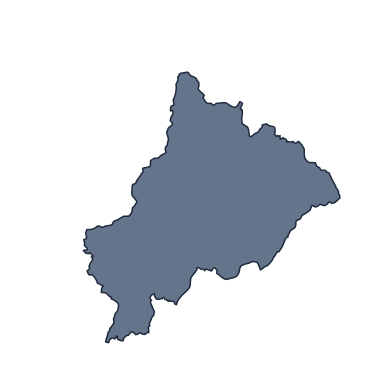 Bao Thang, Lào Cai, Vietnam (orthographic projection), rotated 248°
{"feature_id": "81297802B25560916681091", "entity_name": "Bao Thang", "entity_type": "district", "adm_level": 2, "iso_a3": "VNM", "parent_name": "Vietnam", "parent_adm1": "Lào Cai", "projection": "orthographic", "projection_center": [104.134, 22.379], "detail": "fine", "context": "isolated", "style": "filled", "palette": "slate", "viewbox_px": 384, "rotation_deg": 248, "n_neighbors": 0, "source": "geoboundaries", "source_scale": "gbopen_adm2", "svg_char_len": 5963}
<svg xmlns="http://www.w3.org/2000/svg" viewBox="0 0 384 384"><g transform="rotate(248 192 192)"><path d="M196.5,80.3L193.8,78.2L191.7,77.6L190.0,77.6L189.3,76.9L188.6,76.9L188.3,76.0L188.3,73.7L185.7,73.6L182.7,72.2L179.5,73.6L178.9,73.6L177.9,73.2L177.7,73.0L177.7,72.6L177.9,71.5L178.4,70.7L178.3,69.4L174.7,70.9L174.6,71.7L173.7,72.6L173.7,73.5L174.0,74.3L173.8,74.6L169.7,76.2L169.4,74.4L167.2,75.0L165.4,73.1L164.2,71.1L161.5,68.6L159.5,68.5L159.2,68.2L158.1,65.2L157.6,65.1L154.4,65.3L153.1,66.3L153.2,67.3L152.9,68.2L150.5,69.4L146.4,70.3L142.6,70.2L142.2,71.4L139.6,73.0L138.6,74.4L138.0,74.3L137.1,72.8L136.1,71.9L132.8,70.3L132.1,72.0L130.5,74.5L130.1,74.8L127.1,75.8L125.5,76.9L125.0,77.6L123.9,77.1L123.1,77.3L121.1,79.1L117.7,81.3L116.2,81.7L114.1,81.3L113.5,81.0L112.9,80.4L112.5,80.4L110.3,79.0L109.8,78.5L107.8,75.0L105.3,73.4L104.7,72.5L103.7,71.7L99.7,70.6L99.0,69.2L97.1,66.6L96.8,65.6L96.0,64.5L94.2,63.7L93.9,62.5L93.4,61.8L89.0,58.6L87.8,57.4L85.6,55.9L85.0,56.0L84.6,57.3L83.8,57.7L83.6,58.3L85.4,59.8L86.1,61.0L86.6,62.7L86.5,63.7L84.7,65.4L85.3,66.0L85.4,67.4L86.7,67.6L86.8,68.2L86.0,68.7L84.0,68.0L82.9,68.1L80.7,70.6L79.9,72.4L81.4,73.6L82.6,75.1L83.3,77.2L83.1,79.4L85.1,83.2L84.8,84.0L83.8,84.6L83.0,85.6L80.8,86.4L80.5,88.3L81.0,89.9L81.0,90.7L78.5,93.2L77.8,94.5L77.7,95.7L78.5,97.7L77.9,99.3L81.4,100.5L82.3,100.3L82.8,100.5L83.6,102.7L84.7,102.9L85.6,102.8L87.6,104.9L90.4,107.5L91.8,109.5L92.2,110.6L93.5,111.0L95.1,112.3L100.4,112.0L101.3,112.3L103.1,111.9L104.9,112.2L106.6,112.9L106.8,113.8L108.7,113.3L109.9,113.6L110.9,114.8L111.5,116.0L111.8,118.9L108.7,118.4L107.4,118.5L105.7,119.3L104.8,121.8L104.8,123.3L104.2,124.3L104.4,124.6L105.1,125.1L104.8,126.2L104.0,126.5L102.8,126.6L101.7,127.8L99.7,129.0L100.0,130.4L98.9,130.7L98.6,132.1L97.4,133.9L96.8,134.2L94.6,134.1L93.7,134.9L93.4,135.4L95.9,137.4L98.2,140.5L100.1,144.1L102.3,150.0L104.0,153.4L105.2,154.6L106.7,155.6L112.4,158.4L114.0,160.5L117.8,167.0L118.3,167.5L119.9,168.2L120.0,168.7L119.2,169.9L117.6,171.0L117.0,171.6L116.2,173.4L115.5,173.9L114.5,174.1L114.5,174.7L115.2,175.7L115.1,176.5L111.7,180.1L111.9,181.5L112.7,181.9L113.2,182.6L113.4,183.7L113.1,184.5L112.3,185.1L111.4,185.5L109.9,185.8L107.2,184.5L106.1,185.4L100.6,188.4L98.7,190.2L98.1,191.2L97.8,192.1L97.6,195.1L97.1,197.2L97.0,201.1L97.6,202.6L99.1,204.7L100.7,206.1L103.7,207.9L105.1,209.9L105.3,210.6L105.3,214.3L104.7,218.0L104.9,221.0L104.7,222.3L103.7,224.4L102.5,226.0L100.3,226.4L94.3,226.3L94.4,228.0L95.2,230.3L95.7,234.8L96.4,236.6L98.5,240.6L100.6,242.7L101.7,244.8L104.1,247.9L104.4,248.8L104.1,249.8L104.2,250.4L106.4,253.7L108.4,256.1L113.9,261.4L114.3,262.2L114.4,264.2L115.9,264.9L119.3,268.9L120.0,271.6L120.0,272.7L120.9,274.7L122.9,276.1L125.0,276.9L126.3,278.0L126.4,282.0L126.9,282.9L128.6,284.7L129.0,285.3L130.1,291.6L130.9,294.7L134.7,298.1L134.6,298.4L132.4,300.2L131.8,301.2L131.7,302.8L132.3,305.1L132.3,306.8L130.3,308.7L129.6,310.5L130.3,313.5L131.5,314.7L131.5,315.6L129.1,317.3L128.7,320.2L128.8,321.0L131.1,326.9L133.1,327.5L133.7,327.6L135.8,327.3L137.7,328.0L138.5,328.1L141.8,327.2L144.2,327.3L151.5,326.5L158.2,326.2L160.5,324.1L161.5,324.0L162.0,323.8L163.0,322.1L163.5,320.2L164.1,319.6L166.6,319.4L168.1,318.1L169.9,317.2L172.9,317.4L175.2,312.3L176.0,311.1L176.6,310.7L180.1,309.4L181.9,309.4L184.6,310.1L189.7,312.1L193.4,311.7L197.9,310.3L199.0,309.6L199.1,309.0L198.5,308.2L198.4,306.4L199.3,305.1L200.4,305.0L201.3,304.1L201.0,303.3L201.2,302.1L202.3,300.8L203.1,298.6L203.4,298.6L203.7,299.2L204.3,299.2L206.2,298.5L207.3,297.1L208.2,296.9L208.2,296.1L207.6,295.3L208.0,294.6L208.1,293.6L209.1,294.1L210.1,293.8L210.9,294.7L211.2,294.7L211.4,293.2L212.2,292.5L211.8,291.6L211.9,291.1L212.4,290.8L213.2,291.0L214.5,290.0L215.0,290.2L216.1,291.4L217.2,291.4L217.9,292.1L220.9,292.8L222.3,291.8L223.2,290.2L224.9,288.2L227.3,286.5L227.5,286.1L227.3,285.2L227.8,283.6L227.8,282.4L227.5,281.9L226.5,281.8L226.1,281.4L225.2,279.9L224.9,278.6L223.8,277.2L222.6,275.1L222.6,272.1L221.5,269.2L221.4,267.5L221.8,266.4L223.1,266.4L229.0,267.8L231.6,267.8L232.4,266.7L233.3,266.5L235.5,264.7L236.9,264.3L240.1,265.1L243.1,266.4L245.9,268.1L249.0,269.3L249.3,269.3L249.8,268.5L250.4,268.7L250.7,268.2L251.3,268.0L254.1,271.1L255.1,271.8L255.8,271.8L257.5,270.6L257.7,270.0L255.3,266.9L254.2,264.6L254.2,263.8L255.1,262.3L256.6,260.8L259.0,258.9L261.0,257.7L262.3,256.3L263.1,254.7L263.4,253.0L265.0,248.0L264.4,244.9L264.8,243.7L267.0,243.0L267.7,241.6L268.0,240.0L268.4,239.5L271.4,237.9L272.5,238.2L274.6,237.5L275.5,237.8L276.7,239.4L277.2,239.5L277.9,239.1L278.2,239.3L282.3,237.2L285.0,236.3L285.4,236.3L287.6,238.0L290.5,239.2L291.8,239.1L293.8,238.4L295.0,238.6L296.1,238.2L297.6,237.1L300.5,234.2L304.2,233.2L304.9,232.5L306.3,225.9L306.2,225.2L306.1,224.6L304.4,222.8L303.8,221.7L302.4,221.5L300.6,220.5L297.5,217.3L296.0,217.1L291.5,215.0L287.9,212.5L284.4,209.2L282.5,208.5L280.0,208.3L279.6,207.8L279.3,205.0L279.1,204.5L275.8,202.5L275.3,202.5L275.1,203.7L274.6,204.4L273.3,204.4L271.7,203.7L269.4,200.7L266.7,198.7L265.9,198.6L263.9,199.6L262.2,199.1L261.5,198.4L260.6,195.0L260.1,194.0L257.1,191.1L256.1,190.7L250.4,190.1L249.2,189.6L247.3,188.1L244.7,186.6L244.1,185.8L243.8,184.7L242.7,183.7L241.6,183.2L238.7,182.7L238.0,181.8L237.6,176.8L236.3,174.1L236.3,172.9L237.4,169.5L236.9,167.3L236.8,165.6L236.4,165.2L233.9,164.2L231.3,162.7L231.5,160.7L232.4,156.1L232.4,155.2L231.7,154.8L229.2,154.4L228.6,153.9L228.3,152.5L226.4,150.1L223.9,145.9L221.0,142.7L221.0,141.8L221.3,140.4L221.0,139.7L220.3,139.0L214.9,136.4L213.2,135.7L211.7,135.3L210.1,135.5L205.0,137.1L203.8,137.1L203.1,136.9L202.0,135.1L200.6,133.5L199.6,130.8L196.7,129.4L195.2,127.9L193.8,125.7L193.3,124.1L195.1,119.6L194.4,114.3L194.0,112.6L194.2,109.7L193.7,107.8L191.7,105.8L191.6,104.6L192.9,98.3L192.6,97.3L192.7,96.2L193.3,95.1L195.3,93.1L195.5,92.5L195.7,91.0L194.9,88.7L194.9,85.8L195.3,83.7L196.5,80.3Z" fill="#64748b" stroke="#1e293b" stroke-width="1.5"/></g></svg>